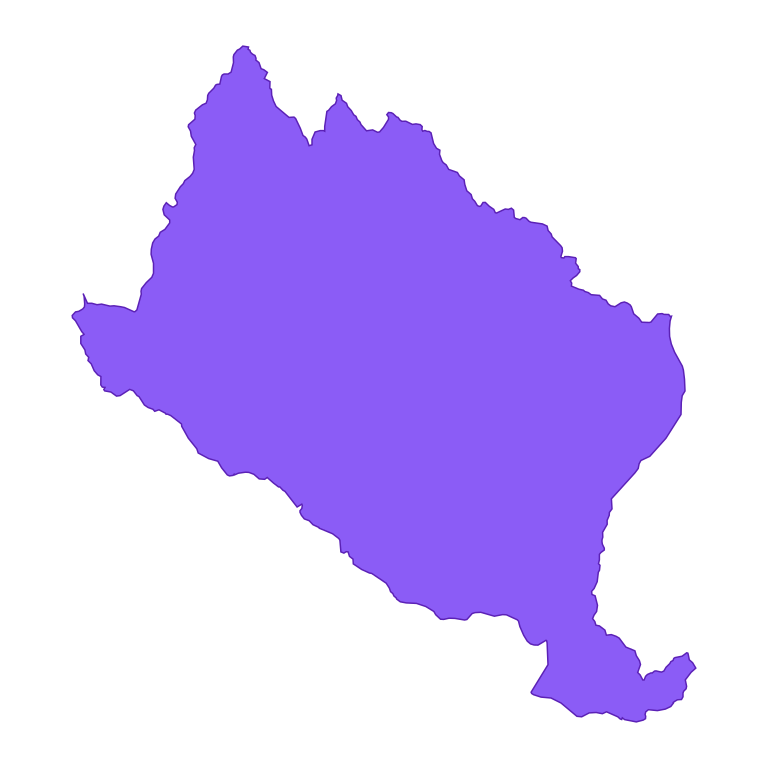 outline of Kuantan Singingi, Riau, Indonesia
{"feature_id": "22746128B8182037452639", "entity_name": "Kuantan Singingi", "entity_type": "district", "adm_level": 2, "iso_a3": "IDN", "parent_name": "Indonesia", "parent_adm1": "Riau", "projection": "albers", "projection_center": [101.542, -0.494], "detail": "fine", "context": "isolated", "style": "filled", "palette": "violet", "viewbox_px": 768, "rotation_deg": 0, "n_neighbors": 0, "source": "geoboundaries", "source_scale": "gbopen_adm2", "svg_char_len": 6067}
<svg xmlns="http://www.w3.org/2000/svg" viewBox="0 0 768 768"><path d="M624.6,719.6L636.3,721.9L643.2,720.1L645.5,718.7L645.7,716.3L645.1,714.5L645.7,711.9L648.4,709.7L657.4,710.6L665.3,709.1L670.8,706.5L673.4,703.1L673.2,702.5L675.0,701.2L677.4,699.8L681.5,699.5L683.0,696.8L683.0,693.0L683.7,691.2L686.1,688.8L686.6,686.3L685.3,679.9L691.1,672.3L695.8,668.1L692.6,662.7L689.3,659.8L688.1,653.9L687.8,653.1L686.7,652.8L682.1,656.2L675.0,657.6L673.8,658.4L673.0,660.5L670.9,661.6L669.7,663.7L666.1,667.2L663.8,671.1L661.4,672.1L656.0,670.9L654.5,671.1L652.2,673.0L651.0,672.9L647.4,674.5L645.6,676.3L644.1,680.0L642.8,680.0L640.1,674.9L637.7,672.5L640.5,664.5L639.4,660.6L636.3,655.7L634.9,650.8L625.9,647.1L619.2,638.1L616.1,636.3L611.3,634.6L606.4,635.2L604.9,630.1L599.4,625.9L595.9,625.2L594.8,621.5L592.6,618.6L594.0,615.2L596.6,611.5L597.5,605.3L595.1,595.8L592.0,594.5L591.6,591.4L594.1,588.5L597.2,581.7L598.3,572.3L599.5,570.2L600.0,565.3L598.5,563.7L599.4,559.9L599.4,554.3L600.8,552.6L604.3,550.0L604.3,548.2L602.4,544.3L602.0,541.9L602.0,539.8L602.8,537.1L602.6,532.3L607.2,524.3L607.1,520.4L609.2,515.4L609.4,512.4L612.0,508.9L611.4,498.8L634.9,472.9L638.2,468.5L639.1,463.8L640.9,460.5L649.8,456.3L665.9,438.3L681.0,414.5L681.3,402.3L682.2,395.7L685.0,391.0L684.5,379.3L683.4,370.1L682.3,366.1L674.6,352.2L671.3,344.0L669.6,336.4L669.4,328.5L670.1,321.0L671.5,316.2L670.3,316.5L668.7,314.5L664.0,314.4L662.1,313.6L657.6,314.0L650.9,322.1L649.3,322.5L641.7,322.2L638.9,318.2L633.7,313.8L631.3,306.7L630.1,304.9L627.4,303.1L624.4,302.0L621.1,302.8L615.0,306.7L610.7,305.8L608.2,303.9L606.0,300.2L602.4,298.9L599.6,295.4L591.2,294.7L588.3,292.6L584.8,291.5L583.4,290.2L578.9,289.2L571.4,286.1L571.7,283.1L570.3,280.7L573.3,277.8L576.6,275.5L579.8,271.7L579.8,269.6L578.3,268.7L578.2,266.5L575.6,263.2L576.2,258.6L575.4,257.7L568.4,256.6L564.8,256.6L563.9,258.0L561.3,257.6L560.9,256.5L562.5,251.2L562.1,247.7L560.7,245.7L552.1,236.9L551.2,234.0L548.1,230.5L547.1,226.1L542.4,223.9L530.7,222.2L528.8,221.1L526.1,218.2L524.6,217.6L522.8,217.5L520.0,219.7L515.7,218.5L514.3,217.4L513.6,210.1L511.4,208.2L508.4,209.4L505.2,209.0L496.6,213.0L495.3,212.7L493.8,209.4L489.2,206.2L485.3,202.4L483.0,202.5L480.8,206.0L479.3,206.4L477.4,205.6L474.8,201.3L472.4,198.8L471.1,194.5L466.8,190.8L464.8,184.5L464.1,179.8L459.4,175.9L457.4,172.5L448.7,169.4L446.2,164.9L443.1,162.6L441.8,160.6L439.5,154.3L439.9,150.2L436.5,148.3L433.6,143.5L431.0,132.8L429.0,131.4L427.2,131.4L424.9,130.5L422.7,131.2L421.9,129.6L422.2,126.5L420.2,124.6L416.0,123.9L412.4,124.4L405.8,121.2L401.8,121.3L400.0,120.1L398.0,117.4L396.5,116.9L392.9,113.5L391.2,112.7L388.5,112.5L386.8,114.7L388.5,116.9L388.5,119.3L383.5,127.4L379.6,131.9L377.6,132.3L372.7,129.9L366.5,130.8L361.0,124.6L359.9,122.0L357.3,119.6L356.0,116.4L353.7,114.8L351.3,110.6L347.7,106.7L346.5,103.3L342.1,100.2L341.0,95.6L338.0,93.9L337.7,95.5L336.2,98.1L336.6,100.5L335.4,103.8L331.5,106.7L328.6,110.3L326.9,111.4L324.7,126.5L324.7,131.2L323.5,130.6L320.2,130.6L315.1,132.0L312.0,139.3L312.0,144.8L309.1,145.7L306.8,139.1L305.3,137.1L303.0,135.5L300.3,128.3L295.6,118.5L294.0,117.1L289.0,117.4L276.1,106.5L273.5,101.0L271.7,95.2L271.4,89.3L270.1,88.6L269.8,87.8L270.0,81.6L264.3,78.6L267.4,72.4L263.8,69.7L261.1,68.7L259.0,62.6L255.9,60.1L256.0,58.2L255.0,55.5L252.6,54.2L250.6,52.4L249.9,50.3L248.1,49.3L248.5,47.0L242.8,46.1L239.7,49.0L237.4,50.1L233.9,54.6L233.3,56.9L233.5,62.7L231.1,72.1L228.1,74.0L224.1,74.0L222.4,74.9L221.5,76.4L219.8,84.1L216.9,84.4L215.6,85.1L213.8,88.2L208.8,93.2L207.7,95.4L207.4,99.8L206.1,103.2L202.4,104.8L195.7,110.1L194.4,113.0L195.2,115.6L194.9,119.2L188.6,124.7L188.2,126.8L190.5,131.0L191.3,136.3L195.8,144.5L194.2,147.8L194.5,150.5L193.3,157.2L194.2,169.4L192.7,173.2L190.0,176.5L184.8,180.6L183.3,183.7L180.4,186.7L175.7,194.0L175.1,198.3L177.3,202.2L177.0,204.6L173.7,206.9L172.5,207.0L169.5,205.4L166.3,202.7L163.9,206.1L162.9,209.4L164.2,214.8L169.7,220.0L169.7,222.9L164.9,229.4L160.2,232.3L158.7,236.1L155.0,239.0L152.7,242.9L151.3,249.2L151.1,254.3L153.5,263.3L153.5,273.3L151.8,277.3L146.3,282.6L141.6,288.5L141.0,291.2L141.3,294.2L136.9,309.9L134.9,311.7L133.9,311.7L124.5,307.5L120.5,306.7L114.0,305.8L110.0,306.1L101.6,304.1L97.0,304.7L91.9,303.3L87.5,303.3L83.1,293.5L84.1,296.5L84.7,304.0L84.4,307.0L82.7,309.0L78.8,311.3L75.5,311.9L72.2,315.5L72.5,317.8L75.5,320.8L81.8,331.7L84.1,334.3L84.6,334.1L80.8,336.3L80.8,343.5L84.9,349.9L85.7,354.0L88.7,357.3L88.0,360.6L91.2,363.8L94.2,370.7L97.7,374.8L100.9,376.5L100.8,384.9L102.3,387.1L105.0,387.4L103.8,389.6L104.7,390.9L110.8,392.0L116.5,396.1L120.1,395.6L129.7,389.4L133.4,390.8L137.1,395.6L139.0,396.6L144.4,405.0L148.1,407.5L153.0,409.3L154.7,411.3L159.0,409.8L165.4,413.2L166.0,414.2L167.6,414.2L170.8,415.6L181.5,424.0L181.7,426.3L188.4,438.3L196.8,448.8L198.2,453.0L208.7,458.6L217.8,461.2L221.6,467.8L227.3,474.9L229.5,475.9L233.1,475.4L234.1,474.2L234.5,474.9L238.4,473.2L245.5,472.2L248.9,472.4L253.9,474.3L259.2,478.9L264.7,479.3L267.2,477.5L273.8,483.3L278.5,486.9L279.8,486.9L282.9,490.2L285.0,491.4L297.1,507.0L301.8,504.2L302.3,505.4L301.8,508.5L300.0,510.7L300.0,512.3L301.5,515.4L304.3,518.9L309.2,520.7L313.0,524.7L319.0,527.5L319.2,528.2L332.5,533.7L338.8,538.5L339.9,540.2L340.9,551.9L343.9,553.1L346.2,551.7L348.1,551.9L349.5,556.4L353.0,559.1L353.3,563.9L361.7,569.5L369.4,573.0L371.7,573.4L386.2,583.2L389.3,588.0L390.6,591.7L392.8,593.5L394.0,596.1L396.0,597.7L396.8,599.2L400.3,601.8L406.2,602.9L416.5,603.4L425.8,606.5L433.9,611.5L435.7,614.7L440.5,619.2L443.7,619.4L449.1,618.2L454.9,618.4L464.6,620.0L466.9,619.5L472.2,613.5L475.1,612.6L480.8,612.3L494.4,616.2L502.6,614.6L506.4,614.8L517.3,619.8L518.5,621.1L519.9,626.6L523.7,635.3L527.3,641.2L530.5,643.9L534.1,645.0L538.0,645.1L546.0,640.3L546.6,640.6L547.1,642.8L548.0,664.7L531.1,692.2L531.7,693.5L533.6,694.7L541.0,697.1L551.0,698.0L561.0,703.0L576.9,716.3L581.7,716.8L589.2,712.9L596.2,712.5L602.4,713.7L606.5,711.8L617.8,716.8L620.1,718.9L621.7,719.5L622.3,717.8L624.6,719.6Z" fill="#8b5cf6" stroke="#5b21b6" stroke-width="1.5"/></svg>